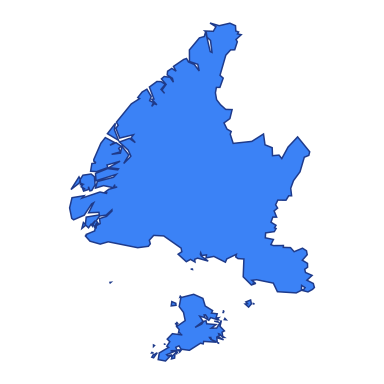 outline of Southland District, Southland, New Zealand
{"feature_id": "76426892B99609638104575", "entity_name": "Southland District", "entity_type": "district", "adm_level": 2, "iso_a3": "NZL", "parent_name": "New Zealand", "parent_adm1": "Southland", "projection": "equal_earth", "projection_center": [167.626, -45.773], "detail": "fine", "context": "isolated", "style": "filled", "palette": "blue", "viewbox_px": 384, "rotation_deg": 0, "n_neighbors": 0, "source": "geoboundaries", "source_scale": "gbopen_adm2", "svg_char_len": 6021}
<svg xmlns="http://www.w3.org/2000/svg" viewBox="0 0 384 384"><path d="M210.0,23.0L215.9,26.7L213.3,31.3L204.9,31.0L206.2,32.1L207.0,37.2L210.5,40.4L212.0,52.4L210.2,51.6L205.6,31.9L204.3,36.5L199.4,37.9L189.4,49.9L189.5,61.5L197.8,64.3L199.2,71.0L194.3,64.5L188.5,62.0L186.5,58.5L183.6,59.5L173.5,66.4L176.1,71.2L171.8,68.4L167.6,71.2L167.2,74.9L172.4,78.3L173.4,82.2L170.0,77.3L164.2,76.5L161.4,78.9L166.1,84.4L162.0,90.1L164.6,93.4L161.0,89.4L165.3,84.3L161.0,81.6L156.9,81.5L149.4,87.0L153.9,99.0L151.8,99.3L156.9,104.8L154.3,103.6L151.7,106.4L153.5,102.5L149.6,100.7L151.2,96.5L146.9,89.2L142.1,92.0L137.8,97.5L139.6,98.6L131.3,103.9L116.4,122.2L118.2,125.3L115.9,128.3L119.7,138.1L133.5,134.7L131.1,137.9L135.3,142.6L129.4,138.4L119.4,142.0L128.2,150.1L130.9,156.1L129.2,158.1L123.7,163.5L128.8,155.0L122.0,146.4L120.4,153.2L111.6,154.3L120.5,151.8L118.7,148.4L121.2,146.2L116.1,142.7L109.9,145.3L114.4,142.4L105.3,137.6L100.9,143.2L93.8,159.5L93.8,161.1L95.5,162.3L95.3,163.1L91.9,163.5L90.6,171.2L96.6,171.6L107.7,167.6L107.0,165.0L120.1,161.2L108.8,167.6L118.5,168.8L117.7,169.9L107.6,168.6L95.5,173.5L96.0,180.7L116.2,174.4L113.5,177.3L97.4,181.5L95.5,188.1L103.6,185.6L113.3,187.7L114.8,184.6L114.4,187.3L117.2,187.0L108.8,189.3L104.9,192.2L106.7,192.6L106.5,193.4L100.0,192.0L82.0,198.1L84.1,195.7L72.0,197.7L69.6,207.9L71.7,218.3L73.6,219.8L84.2,215.2L91.6,203.9L93.7,202.7L88.6,212.8L98.9,212.3L99.3,214.9L86.2,217.1L85.4,224.4L83.4,222.5L81.9,228.4L85.8,225.2L88.5,227.8L91.0,224.3L92.1,225.7L91.9,224.2L95.4,220.5L93.0,224.6L94.5,227.0L96.6,222.8L96.5,225.1L98.8,224.2L96.2,220.7L99.6,216.0L106.1,215.1L111.9,209.8L112.0,211.0L106.5,216.4L99.5,218.6L100.2,223.6L96.4,225.6L96.1,228.6L95.4,226.4L94.7,230.9L86.3,234.4L86.6,234.8L86.1,235.6L85.5,235.8L85.4,236.0L90.0,241.2L100.2,244.1L108.2,241.8L137.7,247.7L148.4,246.3L150.3,243.8L149.3,240.2L153.7,235.4L163.7,235.9L181.1,248.1L181.8,251.7L178.1,254.2L186.3,261.7L190.5,259.4L195.0,262.0L194.7,259.3L197.6,258.1L208.2,261.1L201.5,256.3L200.4,254.5L200.5,253.3L200.7,252.7L201.7,255.5L206.5,254.9L206.0,257.9L213.9,256.4L225.4,262.2L226.8,258.9L236.4,254.3L235.7,256.9L238.0,258.6L243.9,259.0L243.2,276.8L251.4,285.0L255.6,283.5L253.4,284.1L253.2,283.5L254.3,283.7L255.4,283.3L255.4,283.2L251.9,280.3L256.6,279.7L273.3,283.1L277.4,291.7L296.2,292.9L302.7,289.7L301.4,289.4L301.6,285.4L305.1,287.6L302.9,290.6L308.0,291.9L312.5,289.4L314.4,287.5L313.3,283.5L306.9,280.2L312.1,275.4L305.5,272.5L304.7,269.3L307.6,267.2L307.5,263.4L302.3,260.2L307.2,254.7L306.5,250.8L302.5,248.2L294.1,251.7L290.5,247.6L283.3,247.4L283.4,245.5L273.4,245.6L270.9,244.6L273.4,239.5L265.3,237.8L265.6,232.9L274.3,231.6L276.1,228.5L274.5,227.8L276.0,225.3L271.0,222.2L272.8,217.1L276.6,217.1L274.1,210.9L277.6,208.1L275.6,204.8L277.8,200.1L286.0,200.2L288.7,195.8L291.6,195.8L290.7,188.3L293.5,180.6L300.0,171.8L304.3,157.2L308.8,155.4L309.7,151.8L297.6,136.9L288.1,147.0L281.8,158.6L279.0,155.1L272.5,155.7L272.2,147.7L265.0,144.8L263.5,134.0L251.8,141.4L233.2,143.4L230.2,134.2L231.2,131.5L227.0,129.1L224.0,122.9L229.9,118.6L232.1,109.6L225.7,109.4L220.4,104.6L216.6,99.7L215.4,92.8L216.4,87.4L219.9,87.4L223.2,78.1L220.0,75.3L225.8,55.2L230.6,49.9L234.7,49.8L237.3,41.8L236.0,39.5L241.2,34.7L237.5,33.9L238.6,32.0L235.8,31.0L235.5,25.7L229.9,23.2L219.2,25.7L210.0,23.0ZM193.7,294.3L180.9,297.6L179.2,306.6L183.5,312.4L185.2,320.6L176.6,326.6L179.2,329.5L178.5,332.8L179.5,332.7L180.1,333.2L180.4,334.1L180.3,334.5L181.4,334.4L181.6,334.5L181.6,334.9L172.4,333.7L167.2,339.1L169.8,341.7L166.8,346.2L168.6,347.4L159.3,352.9L158.2,359.6L165.5,361.0L170.2,356.1L172.1,356.4L171.5,358.9L174.6,358.1L175.0,353.5L172.4,356.0L171.3,354.9L167.9,355.9L166.6,354.7L174.0,351.6L170.5,350.7L177.0,350.5L175.8,347.3L179.0,345.8L181.1,349.2L189.4,350.3L200.5,343.2L203.2,343.9L203.7,341.4L216.3,342.2L210.9,339.5L211.1,338.9L210.2,338.3L210.4,338.0L209.7,337.9L209.5,337.5L210.7,337.5L210.5,338.4L211.2,338.7L211.2,339.5L217.2,342.1L216.8,337.7L223.6,339.8L217.7,336.5L219.8,335.5L219.5,334.3L218.8,334.3L218.6,333.7L219.7,334.0L221.4,336.1L222.8,336.4L222.0,332.2L224.4,330.9L220.0,326.3L221.4,320.5L216.7,328.1L211.2,328.2L216.0,324.6L206.7,323.8L206.0,320.8L203.7,321.3L201.7,324.1L195.1,327.4L203.0,321.4L199.7,316.2L205.0,317.6L204.1,314.9L205.5,314.8L207.6,317.9L205.8,318.4L208.8,320.3L210.7,317.6L216.8,319.5L218.8,317.7L216.0,318.1L217.2,313.8L211.4,313.1L212.6,310.6L205.2,306.0L202.9,298.4L193.7,294.3ZM91.1,174.0L82.9,175.2L80.3,179.4L79.0,176.9L71.0,189.5L79.3,183.0L80.2,179.6L80.5,183.2L82.7,184.1L79.7,184.9L82.9,184.6L81.2,186.8L85.2,189.1L82.7,188.7L83.6,191.1L88.5,189.5L88.5,186.7L89.9,190.9L91.8,190.4L95.1,184.9L94.4,176.7L91.1,174.0ZM115.4,123.3L107.4,133.7L118.5,140.3L114.3,129.5L115.4,123.3ZM171.8,301.6L171.2,305.9L176.0,305.3L175.8,303.3L171.8,301.6ZM250.6,300.0L245.9,301.9L247.6,303.7L245.1,304.0L248.6,307.1L251.4,303.9L250.6,300.0ZM156.5,353.8L153.3,354.7L151.8,357.2L153.6,357.8L156.5,353.8ZM181.3,350.0L178.4,349.9L179.7,352.1L181.3,350.0ZM218.0,321.8L214.2,321.1L218.2,322.1L218.0,321.8ZM226.2,319.8L224.9,318.4L224.3,319.6L226.2,319.8ZM176.5,352.5L175.5,353.4L176.5,353.7L176.5,352.5ZM153.5,353.0L151.9,352.4L151.5,353.0L153.5,353.0ZM177.3,352.4L176.6,351.0L175.8,351.7L177.3,352.4ZM192.4,269.0L190.7,269.0L192.5,269.5L192.4,269.0ZM154.5,345.5L153.5,345.0L153.5,346.5L154.5,345.5ZM177.3,324.9L176.1,324.3L176.7,325.8L177.3,324.9ZM110.2,282.9L110.9,282.3L110.0,282.4L110.2,282.9ZM254.5,304.0L253.3,303.5L253.3,303.9L254.5,304.0ZM177.5,323.2L176.9,322.5L176.2,323.3L177.5,323.2ZM218.7,319.9L217.9,319.2L217.6,319.4L217.3,319.3L217.4,319.9L218.7,319.9ZM223.8,311.4L223.3,310.3L223.5,311.7L223.8,311.4ZM218.5,342.9L217.5,342.9L218.5,343.2L218.5,342.9ZM223.3,312.2L222.5,312.7L223.4,312.5L223.3,312.2ZM180.7,296.6L180.3,296.2L180.0,297.0L180.7,296.6ZM157.1,353.5L156.5,353.1L156.1,353.4L157.1,353.5ZM164.7,344.0L163.8,344.4L164.8,344.1L164.7,344.0ZM223.7,337.0L223.2,337.4L224.3,337.4L223.7,337.0Z" fill="#3b82f6" stroke="#1e3a8a" stroke-width="1.5"/></svg>